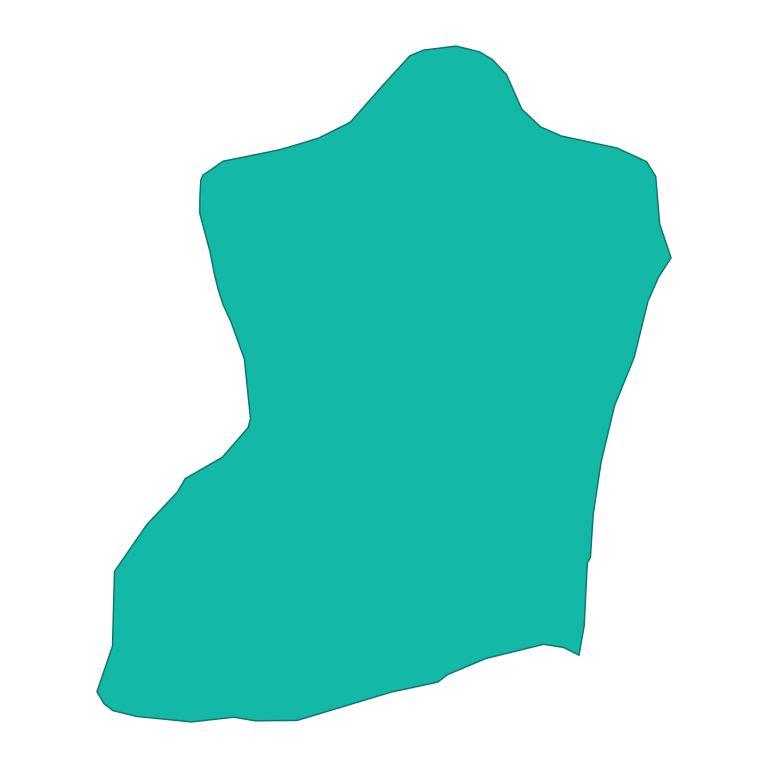 outline of Santa Lucía Utatlán, Sololá, Guatemala
{"feature_id": "79465075B3203772279069", "entity_name": "Santa Lucía Utatlán", "entity_type": "district", "adm_level": 2, "iso_a3": "GTM", "parent_name": "Guatemala", "parent_adm1": "Sololá", "projection": "equal_earth", "projection_center": [-91.278, 14.782], "detail": "fine", "context": "isolated", "style": "filled", "palette": "teal", "viewbox_px": 768, "rotation_deg": 0, "n_neighbors": 0, "source": "geoboundaries", "source_scale": "gbopen_adm2", "svg_char_len": 892}
<svg xmlns="http://www.w3.org/2000/svg" viewBox="0 0 768 768"><path d="M185.2,478.7L177.4,492.1L146.9,524.5L114.5,571.5L112.5,646.1L97.0,691.7L103.9,703.6L112.9,710.6L136.4,716.4L191.4,721.9L233.6,717.2L255.5,720.8L297.2,720.4L391.0,692.1L438.0,682.0L447.3,674.7L485.7,658.5L543.5,644.3L563.5,647.4L579.0,655.2L584.2,625.6L587.3,563.1L590.4,557.4L593.2,514.2L601.0,462.5L614.5,405.8L634.2,357.3L648.0,301.1L658.5,277.2L671.0,257.8L659.7,224.1L655.7,176.5L646.6,161.7L617.2,148.1L561.0,135.9L540.7,127.0L521.7,109.1L506.6,74.8L492.4,59.6L479.5,51.9L456.1,46.1L423.5,50.1L410.0,55.7L384.3,83.7L350.2,122.3L318.8,138.0L298.7,144.2L279.4,149.8L223.2,161.2L203.0,175.2L200.8,180.1L199.9,197.5L199.8,213.5L210.0,251.5L214.2,273.2L218.1,289.0L223.1,304.7L231.0,321.8L234.7,332.1L244.4,359.0L250.5,418.6L248.1,427.6L222.4,457.2L185.2,478.7Z" fill="#14b8a6" stroke="#0f766e" stroke-width="1.5"/></svg>